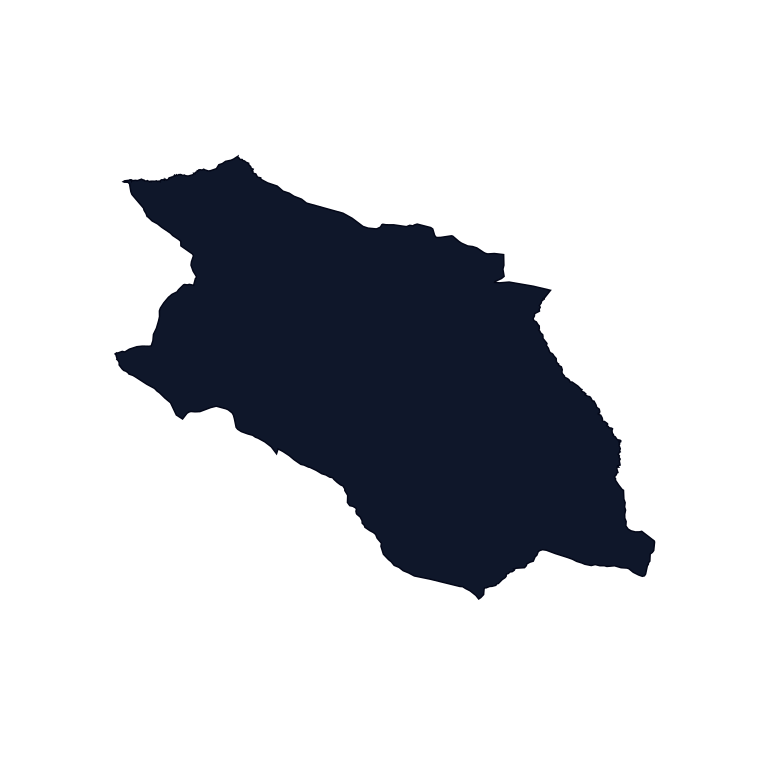 Manyoni, Singida, United Republic of Tanzania, rotated 284°
{"feature_id": "72390352B73180368039512", "entity_name": "Manyoni", "entity_type": "district", "adm_level": 2, "iso_a3": "TZA", "parent_name": "United Republic of Tanzania", "parent_adm1": "Singida", "projection": "equal_earth", "projection_center": [34.654, -6.406], "detail": "fine", "context": "isolated", "style": "filled", "palette": "ink", "viewbox_px": 768, "rotation_deg": 284, "n_neighbors": 0, "source": "geoboundaries", "source_scale": "gbopen_adm2", "svg_char_len": 6153}
<svg xmlns="http://www.w3.org/2000/svg" viewBox="0 0 768 768"><g transform="rotate(284 384 384)"><path d="M567.5,192.2L567.1,189.7L568.4,188.4L568.3,187.3L569.7,187.2L565.8,183.6L564.1,181.4L561.7,176.4L558.7,173.8L556.8,170.7L552.4,169.3L549.1,164.2L548.2,162.3L548.4,158.6L548.8,157.1L547.6,155.8L547.4,153.6L546.8,152.3L545.7,152.0L545.7,151.2L544.5,151.1L544.0,150.2L542.8,149.6L542.5,148.7L542.2,149.2L542.0,148.5L540.9,148.1L538.4,143.7L538.0,140.7L538.5,140.0L537.7,138.2L538.1,136.0L537.6,135.5L537.7,134.5L536.3,132.9L536.8,132.1L535.7,131.5L536.0,130.3L535.0,130.4L534.7,129.4L533.6,128.7L533.4,127.8L532.8,127.7L532.9,127.1L532.2,125.9L531.5,125.3L530.8,125.7L529.2,123.7L529.8,122.5L528.9,121.9L529.5,121.3L528.6,121.3L528.8,120.7L528.3,118.7L527.3,117.8L526.2,117.9L526.4,116.5L525.7,115.1L526.1,114.3L525.2,112.4L524.6,109.5L524.0,109.2L524.2,108.1L523.5,107.8L524.1,105.1L523.5,104.6L523.2,103.0L523.4,102.0L523.8,101.8L523.7,100.4L524.1,99.2L521.7,95.6L521.5,93.6L520.6,91.2L520.7,90.2L520.2,90.1L520.7,89.9L520.5,89.2L520.9,89.2L520.7,88.1L520.0,87.4L518.4,83.2L517.2,82.0L517.0,83.3L517.8,86.6L516.8,88.6L509.3,91.9L506.9,93.6L496.5,108.1L494.5,109.2L491.8,111.9L489.2,113.6L489.1,114.4L486.1,119.6L484.6,125.5L482.3,130.4L478.7,140.3L477.0,143.0L474.6,149.7L473.3,152.3L468.9,153.5L463.8,166.8L462.3,168.1L456.0,167.6L452.6,168.0L447.2,171.6L443.0,175.9L441.6,176.1L440.7,175.5L433.7,175.4L433.6,171.0L432.6,169.2L432.3,166.4L431.7,165.5L425.9,161.9L423.3,160.9L419.7,156.6L416.0,153.9L409.4,150.7L403.6,148.7L400.6,148.4L395.0,149.9L390.6,150.0L383.1,149.7L376.4,148.3L370.1,149.3L364.7,148.9L363.8,147.0L362.3,140.4L360.4,135.2L356.2,128.5L352.4,124.8L352.3,122.1L349.6,118.1L349.6,117.1L348.1,115.8L347.2,117.4L346.8,117.2L344.1,118.8L343.3,118.7L342.5,120.3L340.7,121.9L338.4,122.4L335.4,126.1L334.2,128.2L334.0,130.4L333.1,132.8L332.0,134.0L331.6,138.3L330.8,141.0L326.4,153.8L324.2,162.4L322.2,165.6L321.2,168.3L317.2,175.1L314.2,181.4L303.7,190.0L301.3,197.0L307.9,199.9L309.5,201.4L310.6,203.2L311.3,207.4L312.7,212.1L319.2,221.5L321.9,226.6L321.7,236.8L321.3,239.1L319.2,243.7L317.4,245.4L314.2,247.2L306.2,251.0L304.7,253.0L303.3,257.1L302.6,263.9L302.5,269.0L301.3,272.1L301.0,274.8L299.0,282.4L295.8,289.8L290.3,296.6L295.4,296.9L294.0,302.5L291.6,309.4L288.8,315.1L285.9,322.8L286.0,326.0L285.1,330.8L285.2,332.3L283.8,339.2L281.9,345.3L281.7,349.6L280.5,353.8L280.7,356.8L279.3,358.6L277.2,362.5L275.6,366.3L275.2,368.8L272.8,371.3L271.1,371.8L267.2,375.7L260.2,377.2L257.7,380.2L257.8,383.4L256.8,386.7L255.4,387.7L253.9,387.5L251.8,388.5L251.0,389.3L249.2,393.1L246.1,395.8L243.7,396.5L242.0,399.2L240.4,400.1L238.3,405.7L237.3,409.7L236.0,412.3L232.7,414.7L228.9,420.0L225.8,420.3L218.7,424.6L214.7,430.9L213.3,434.0L210.5,437.7L209.7,443.0L207.5,447.8L206.7,453.5L205.1,459.8L205.8,476.2L205.9,506.7L206.4,509.3L205.3,512.6L204.2,517.4L201.1,524.3L198.3,527.9L200.2,529.6L203.8,531.6L209.2,530.7L210.6,531.0L210.9,532.4L213.1,535.5L213.8,537.7L215.7,541.2L217.3,541.7L218.1,543.2L222.8,546.0L225.4,548.3L226.9,549.0L229.1,548.7L230.4,550.7L231.9,551.3L233.0,553.9L234.8,555.4L235.8,554.6L236.0,555.5L237.2,556.7L239.8,564.8L242.1,566.0L244.0,566.1L246.4,568.7L248.2,571.7L252.8,572.4L254.8,573.7L258.7,574.2L260.2,575.6L261.6,577.9L262.0,581.7L260.9,591.4L260.1,604.2L259.6,609.2L258.5,613.8L258.2,619.3L257.7,622.4L258.0,629.0L259.9,632.6L259.9,637.3L261.0,641.7L260.9,644.4L263.4,651.7L263.1,658.4L264.2,664.4L264.0,666.3L261.6,671.4L260.3,677.2L259.9,681.2L260.9,683.1L262.9,683.8L271.2,683.5L273.0,684.1L274.6,683.9L276.4,684.8L283.4,683.4L285.5,685.1L287.7,686.0L296.0,684.8L297.0,684.3L303.4,669.7L302.4,667.8L301.3,663.8L301.3,659.3L302.2,656.1L304.8,653.0L309.2,652.2L312.1,650.1L315.7,649.1L320.1,648.9L322.9,647.2L327.2,646.7L330.3,644.6L338.8,642.1L339.3,640.5L342.5,636.4L346.6,631.9L348.3,631.5L349.2,630.3L349.8,630.1L352.3,631.4L353.6,631.2L354.7,632.4L357.9,630.5L359.3,630.2L359.8,630.3L360.1,631.8L361.3,630.6L362.5,632.7L366.3,630.9L368.3,631.3L369.8,629.7L371.3,629.8L372.4,628.2L374.6,628.9L375.3,629.6L375.9,628.8L378.4,628.9L381.6,626.7L382.8,627.2L383.3,626.7L384.1,626.9L384.6,626.2L385.2,627.6L386.1,627.6L386.6,626.6L386.4,624.3L386.7,623.3L388.6,621.3L389.5,618.7L390.5,618.8L391.3,617.6L393.8,616.5L395.8,616.6L396.2,615.6L396.0,612.9L397.1,611.9L397.4,610.2L399.1,610.7L399.6,610.4L401.0,607.0L400.7,605.5L401.7,604.5L402.6,604.6L404.0,603.8L406.2,601.8L406.3,600.3L406.8,599.1L407.3,599.1L408.1,600.1L409.5,600.0L411.7,598.9L412.8,596.0L415.1,594.7L418.2,591.9L418.2,591.4L417.6,591.0L417.9,590.4L420.8,587.8L421.5,586.6L421.4,584.6L422.1,581.6L423.2,582.2L424.4,580.0L424.6,577.9L425.3,577.2L426.5,577.4L426.6,576.4L428.9,572.6L431.4,566.0L431.0,564.2L432.6,562.8L433.6,560.9L434.3,557.5L435.3,557.2L437.3,554.4L438.8,553.7L441.0,553.5L443.6,551.9L444.3,549.0L445.7,548.6L446.0,547.3L447.5,545.8L450.4,544.9L452.3,542.1L453.7,540.7L454.4,539.2L454.3,538.3L455.5,536.7L458.5,534.8L460.6,532.3L462.8,532.3L467.0,526.8L467.9,527.0L470.2,526.1L471.7,523.3L472.9,522.5L473.8,521.0L474.9,521.4L477.9,520.6L478.9,519.0L481.1,516.8L481.7,514.2L483.6,512.8L486.3,513.5L488.7,513.1L492.3,517.2L494.2,516.5L496.2,517.0L497.9,515.7L500.5,516.9L502.7,516.9L504.0,518.0L505.3,517.8L505.3,518.9L506.0,518.7L515.2,522.9L515.0,505.2L513.2,480.8L510.1,471.6L509.3,466.7L510.3,466.9L514.8,472.5L517.5,474.5L524.2,471.6L528.2,471.6L538.5,468.8L537.3,459.5L535.3,453.2L535.3,451.0L535.7,449.1L538.5,441.2L538.8,436.8L538.2,431.8L539.4,425.2L540.4,422.3L544.1,414.9L544.1,413.6L539.9,403.4L538.8,399.3L540.4,397.2L546.2,393.8L547.1,391.5L547.2,377.5L545.5,374.7L544.5,374.2L544.2,370.6L542.1,367.7L540.8,354.9L539.0,347.5L538.7,344.2L538.1,343.4L535.4,342.6L533.0,339.7L532.6,338.8L531.4,330.8L531.8,325.5L537.1,313.0L539.8,302.9L540.8,265.0L543.4,259.3L544.4,251.2L546.2,245.9L546.7,239.3L550.2,232.5L551.0,222.4L552.6,216.0L553.4,214.6L554.2,214.5L554.1,211.2L556.8,208.8L556.9,205.9L558.3,205.5L558.9,204.4L559.1,204.8L560.8,205.1L560.9,203.9L561.6,202.6L562.6,202.1L564.5,199.2L565.4,199.3L565.9,196.1L566.7,194.8L566.6,193.0L567.5,192.2Z" fill="#0f172a" stroke="#020617" stroke-width="1.5"/></g></svg>